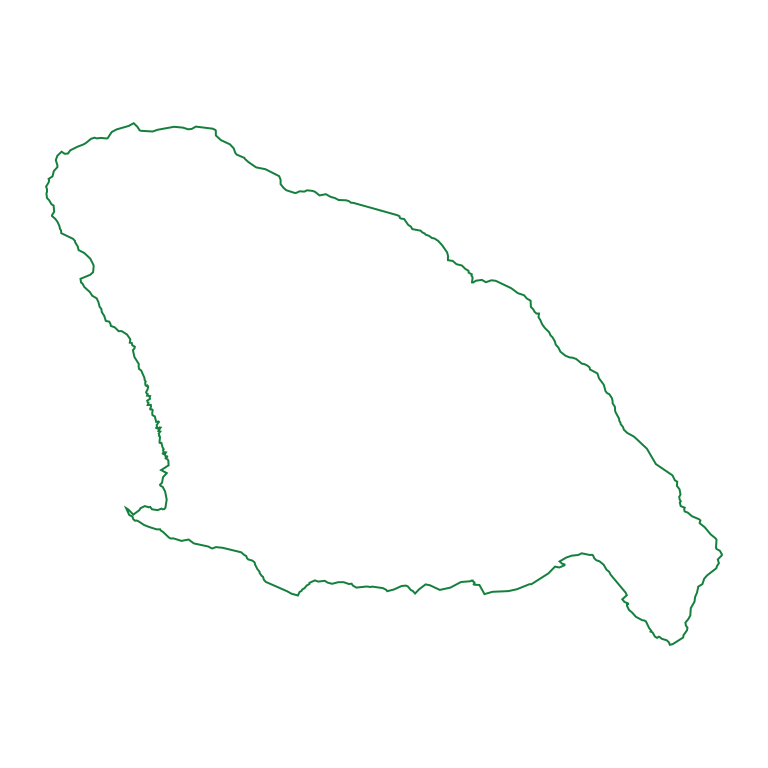 Racoasa, Vrancea, Romania
{"feature_id": "2599482B99860020344189", "entity_name": "Racoasa", "entity_type": "district", "adm_level": 2, "iso_a3": "ROU", "parent_name": "Romania", "parent_adm1": "Vrancea", "projection": "robinson", "projection_center": [26.879, 46.017], "detail": "fine", "context": "isolated", "style": "outline", "palette": "green", "viewbox_px": 768, "rotation_deg": 0, "n_neighbors": 0, "source": "geoboundaries", "source_scale": "gbopen_adm2", "svg_char_len": 6070}
<svg xmlns="http://www.w3.org/2000/svg" viewBox="0 0 768 768"><path d="M672.6,644.2L683.2,637.5L683.5,635.2L687.0,630.3L687.5,627.7L685.9,625.6L685.4,622.6L688.3,619.1L690.3,615.5L690.8,608.1L694.5,601.7L695.1,597.0L697.0,592.7L698.3,586.6L702.4,584.1L704.2,578.7L707.2,575.3L716.3,568.3L717.0,566.0L718.9,563.2L717.8,559.5L721.8,555.3L721.9,554.4L719.9,550.8L716.5,548.9L716.0,547.6L716.5,539.7L715.6,538.4L710.7,534.4L704.7,527.2L700.0,523.5L699.6,523.0L700.4,520.5L699.2,519.3L691.9,516.2L687.8,512.6L684.6,511.4L684.2,509.2L684.7,507.7L680.7,506.1L679.8,502.6L680.8,501.3L679.7,499.7L679.2,496.8L680.5,494.6L679.5,489.2L676.9,485.9L677.2,481.7L674.9,480.3L672.5,475.4L655.9,464.1L646.9,448.7L634.1,436.7L627.2,432.9L623.9,429.7L622.9,426.9L620.6,424.0L620.4,422.4L619.4,421.1L619.0,418.5L615.7,412.5L615.1,410.7L614.9,406.9L612.6,403.2L612.6,401.1L612.0,398.3L609.3,394.2L607.2,393.2L605.5,391.1L603.8,384.8L599.0,378.3L597.4,373.4L590.0,369.5L589.6,367.4L587.2,365.5L584.1,364.0L581.9,363.7L576.1,358.9L572.2,357.6L569.8,357.5L565.4,355.7L560.4,351.7L558.4,347.6L555.7,344.6L554.9,341.5L552.6,337.4L550.5,335.3L549.2,332.3L544.7,327.8L542.1,324.2L540.3,320.0L538.5,317.2L539.0,313.5L536.4,313.5L534.5,311.7L533.2,309.3L530.9,306.9L530.6,300.7L526.8,298.5L524.0,295.2L517.9,293.2L511.2,288.2L495.7,280.8L491.4,280.3L485.9,282.2L481.9,279.9L476.0,280.7L473.1,282.5L472.0,282.4L472.6,277.5L471.5,275.7L471.8,274.3L468.7,272.7L468.5,270.8L465.2,268.8L461.9,265.5L456.5,264.2L452.7,260.9L448.0,260.2L447.9,257.3L448.2,256.6L447.1,252.4L442.2,245.3L438.3,241.0L434.5,238.5L431.9,238.0L429.0,235.8L425.7,234.7L424.7,233.5L422.3,232.4L420.7,230.7L412.3,229.1L411.0,226.7L408.2,224.9L404.2,219.1L400.5,218.4L399.8,217.8L399.5,216.2L397.3,215.2L353.5,202.9L351.0,202.7L349.0,201.2L346.2,200.3L338.6,200.0L334.8,198.0L330.7,196.9L325.9,194.2L319.5,195.4L315.0,191.8L312.5,190.9L307.1,190.3L304.3,191.6L299.6,191.3L296.4,192.8L294.9,193.0L286.2,190.2L283.3,187.6L280.6,184.1L280.6,179.8L279.2,176.2L265.4,169.2L256.2,167.4L248.7,162.3L245.1,159.1L244.4,157.9L236.7,154.6L235.2,152.7L233.7,148.3L229.9,144.3L221.0,140.2L215.9,135.5L215.8,130.7L215.4,130.0L212.8,128.7L195.8,126.6L191.8,128.9L188.2,129.3L182.8,127.6L174.0,126.8L157.5,129.8L152.7,131.5L140.9,130.8L139.6,130.3L137.3,126.7L133.7,123.2L128.8,125.9L116.7,129.4L111.7,132.0L107.9,137.9L106.9,138.5L100.9,137.9L96.9,138.4L94.5,137.7L93.0,138.1L90.9,138.9L85.8,143.1L83.1,144.6L77.5,146.7L70.3,150.3L68.0,153.5L64.7,153.8L61.6,151.7L57.4,155.7L55.8,160.1L57.4,165.3L57.4,167.1L53.8,171.1L52.5,176.4L48.6,178.9L49.1,180.3L48.7,182.3L46.1,186.6L47.0,189.3L47.0,191.9L46.4,193.5L47.0,198.0L49.2,200.3L51.5,204.3L53.6,205.5L54.2,211.7L52.0,215.2L52.0,216.0L55.1,218.7L57.4,221.7L59.4,226.0L60.0,229.0L61.0,230.3L61.3,233.2L73.0,238.8L75.0,241.0L75.2,242.4L77.7,246.4L78.6,250.1L84.3,253.0L90.3,258.7L93.3,264.6L93.7,266.0L93.1,272.2L90.2,274.8L80.5,278.8L81.0,282.4L82.7,283.9L84.3,287.0L89.9,292.1L92.2,295.7L96.6,298.3L98.4,302.0L99.6,306.7L101.4,309.1L101.8,312.1L104.2,315.8L105.8,320.9L109.3,321.7L110.5,324.0L110.8,325.9L114.7,327.3L118.7,331.2L121.7,331.1L127.0,334.5L130.3,339.3L129.8,342.7L131.7,342.9L132.3,345.3L134.8,346.7L134.4,348.5L132.9,350.2L134.5,357.2L138.8,364.0L138.6,366.4L139.0,368.9L141.2,370.5L144.5,378.0L144.5,379.6L145.7,381.6L145.2,382.6L145.4,385.0L146.4,386.0L147.3,385.4L148.2,386.6L147.6,389.4L146.1,392.2L146.7,393.5L147.7,394.1L147.1,395.7L150.1,396.1L149.7,397.3L150.0,398.8L147.2,400.7L147.7,402.2L148.5,402.9L147.7,405.0L150.8,404.9L151.0,406.5L150.1,409.1L150.5,409.5L151.8,409.3L152.7,410.1L152.2,412.9L152.5,415.2L154.8,416.4L156.2,421.9L158.4,421.5L158.9,421.9L156.7,425.1L157.0,426.9L156.2,427.9L157.6,428.6L159.6,427.4L160.6,427.6L158.4,431.0L160.3,431.5L158.7,433.6L159.4,435.3L159.0,435.9L160.0,437.0L159.5,442.5L160.0,443.0L161.4,442.9L162.6,447.5L163.7,449.2L163.0,450.2L163.8,452.2L165.9,452.4L165.5,453.1L163.1,453.0L162.8,453.6L165.0,454.8L165.5,456.1L167.2,456.4L167.2,456.9L165.9,457.2L165.6,458.3L167.7,459.5L168.3,460.5L168.6,465.3L161.1,470.1L166.8,473.1L163.0,477.2L162.1,482.6L160.0,484.8L160.6,485.8L162.7,486.9L165.1,491.5L166.7,499.5L165.4,507.8L164.3,509.1L162.7,509.3L161.5,508.6L157.7,510.1L152.0,509.3L150.2,506.9L148.8,507.3L144.8,506.1L140.5,508.2L139.3,510.2L133.3,514.6L128.3,509.5L126.1,508.1L129.2,514.9L132.5,516.7L133.2,519.0L134.9,520.7L136.5,520.5L138.3,521.2L144.1,525.0L148.9,526.9L156.4,529.3L160.2,529.3L160.7,530.5L162.9,531.8L169.0,537.6L170.7,538.5L173.5,538.4L181.5,540.9L188.6,539.5L193.8,543.4L208.2,546.5L211.6,548.3L212.6,548.4L215.9,547.1L222.7,547.8L241.2,552.3L244.3,555.0L246.2,556.0L247.1,558.3L248.1,559.4L252.4,560.6L254.6,562.4L255.2,564.9L257.4,569.1L259.6,571.8L259.7,573.1L261.7,575.9L263.0,576.8L263.9,579.8L265.8,581.9L287.2,591.3L291.5,593.7L297.9,595.5L299.6,591.9L301.5,590.9L302.4,589.3L304.4,588.3L306.7,585.5L309.4,584.0L309.5,582.8L314.9,580.4L318.2,581.6L324.7,580.8L327.6,582.6L332.1,583.8L338.2,582.2L343.7,582.2L348.9,584.0L351.6,583.7L352.9,585.6L356.4,587.6L366.7,586.5L370.6,587.0L372.1,586.6L382.9,588.1L386.3,589.9L387.2,591.2L393.6,589.6L401.6,586.0L406.0,585.6L407.9,586.5L410.8,590.0L412.7,590.9L415.1,593.5L419.1,589.3L425.6,584.4L430.0,585.3L439.8,589.9L450.4,587.6L461.0,582.0L469.9,581.3L471.8,580.5L472.7,580.6L472.6,581.2L474.4,582.3L474.6,583.1L473.7,584.2L474.2,584.7L479.4,585.0L484.5,594.1L492.5,591.8L508.5,591.1L517.0,589.2L529.5,584.2L531.4,584.2L548.4,573.4L555.0,566.6L559.3,567.5L564.0,565.5L564.6,565.0L564.5,564.4L562.1,563.7L559.6,561.4L566.4,557.5L572.0,555.6L578.2,555.0L581.7,553.3L589.9,555.0L592.1,554.8L593.1,555.5L594.3,558.3L596.4,560.3L599.5,561.3L603.6,564.7L606.6,569.8L609.1,571.7L610.7,574.8L625.6,592.6L626.8,595.2L622.3,599.3L624.4,601.9L628.1,603.5L628.1,604.1L627.0,604.4L626.9,605.6L629.1,610.1L631.9,612.3L635.9,616.8L642.2,620.2L644.4,620.5L646.0,621.5L649.1,628.0L651.2,630.7L650.6,631.6L652.6,632.4L654.9,636.6L657.0,637.9L658.8,636.7L659.6,637.0L661.8,638.8L666.8,640.3L669.1,642.6L669.8,644.8L672.6,644.2Z" fill="none" stroke="#15803d" stroke-width="2"/></svg>